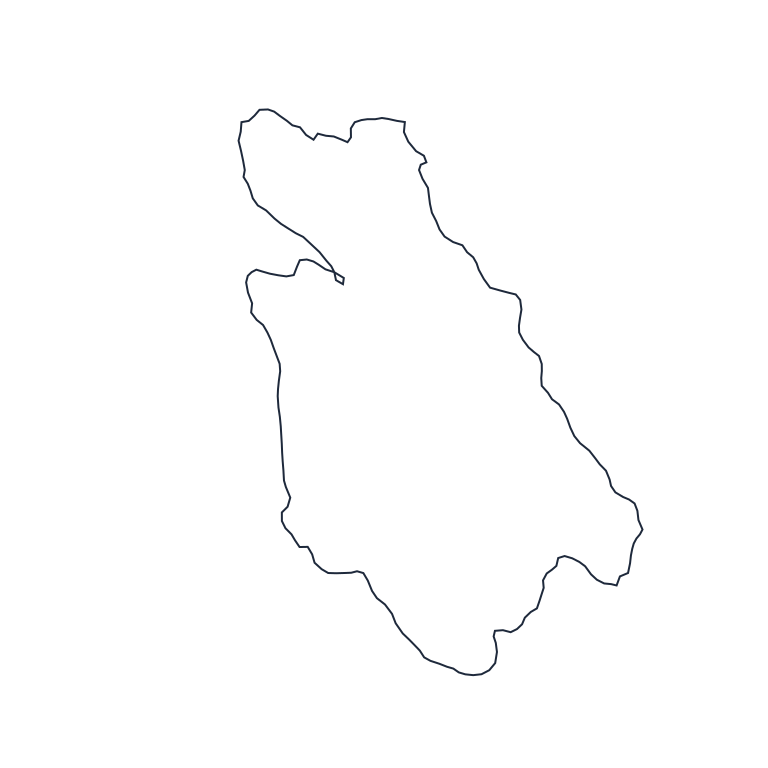 Felício dos Santos, Minas Gerais, Brazil, rotated 148°
{"feature_id": "56859067B15462211788093", "entity_name": "Felício dos Santos", "entity_type": "district", "adm_level": 2, "iso_a3": "BRA", "parent_name": "Brazil", "parent_adm1": "Minas Gerais", "projection": "equal_earth", "projection_center": [-43.242, -18.147], "detail": "fine", "context": "isolated", "style": "outline", "palette": "slate", "viewbox_px": 768, "rotation_deg": 148, "n_neighbors": 0, "source": "geoboundaries", "source_scale": "gbopen_adm2", "svg_char_len": 2891}
<svg xmlns="http://www.w3.org/2000/svg" viewBox="0 0 768 768"><g transform="rotate(148 384 384)"><path d="M307.5,631.4L314.3,628.5L318.1,636.5L319.2,646.2L324.6,651.9L326.9,658.7L330.1,666.2L332.8,673.2L336.9,678.3L344.3,682.5L351.6,680.2L359.3,678.8L366.1,681.6L371.8,673.9L378.4,667.4L381.7,657.5L385.2,647.9L388.7,639.2L393.4,634.0L393.4,626.0L394.8,618.7L396.9,611.0L396.4,602.3L392.0,593.7L389.2,582.4L386.5,574.4L383.3,567.7L378.9,558.6L374.6,551.6L372.0,542.0L368.8,530.0L367.5,519.0L366.3,511.8L366.9,505.1L372.9,512.3L376.2,519.8L378.9,525.3L383.5,530.5L389.8,533.6L395.6,529.6L402.8,524.2L409.8,527.0L416.0,532.2L422.3,538.0L427.7,544.0L431.7,548.6L437.0,549.0L442.2,547.9L447.1,543.2L450.9,533.6L453.1,522.3L458.8,515.0L458.0,505.8L455.3,498.1L455.6,489.4L456.6,481.4L458.5,472.9L460.2,464.4L461.8,456.4L465.3,449.8L471.4,442.5L476.6,435.8L480.6,430.0L485.9,420.1L489.7,411.4L494.0,402.8L498.1,395.3L502.4,387.4L506.8,379.7L510.9,372.1L515.1,364.0L520.0,355.1L521.8,348.7L523.7,337.3L530.8,331.0L538.7,329.2L543.2,321.9L544.0,313.9L542.1,305.5L542.3,298.7L542.0,290.5L535.0,286.3L535.2,277.6L537.6,269.2L535.0,260.0L531.5,253.3L524.9,248.9L517.4,244.5L511.8,241.3L506.1,239.5L501.7,234.6L501.9,225.9L503.8,214.8L503.5,206.1L500.0,196.5L499.0,184.8L500.9,174.9L500.3,162.5L498.1,153.9L496.5,146.6L494.9,138.9L494.8,130.9L491.3,124.6L485.3,117.4L480.4,110.8L476.0,105.9L473.4,99.8L468.9,94.7L462.6,89.8L455.1,86.2L446.4,85.5L437.6,88.4L430.2,96.9L426.4,105.2L424.8,111.8L420.7,115.9L413.6,112.2L408.1,106.4L401.1,105.7L394.2,107.1L388.4,111.2L380.3,112.9L373.2,112.7L366.9,117.8L361.0,122.8L356.6,126.5L353.2,133.2L346.4,137.1L340.1,137.5L334.2,138.4L328.5,144.1L322.0,142.4L316.7,136.4L312.6,129.5L310.0,122.8L309.3,112.9L307.2,105.2L303.0,98.2L297.4,93.9L293.5,89.9L285.9,95.8L277.2,94.4L270.4,101.5L265.4,107.8L260.8,112.7L256.7,116.4L251.8,119.2L246.6,120.9L241.9,123.6L240.3,133.8L236.3,142.2L234.8,149.9L237.4,156.2L241.2,161.6L245.2,169.5L245.5,177.2L243.3,183.4L241.7,192.8L243.6,201.6L244.2,208.9L245.2,218.6L249.1,229.9L250.2,239.0L249.1,248.2L247.1,257.5L246.1,265.0L246.4,273.9L249.6,282.0L249.6,289.6L251.2,298.9L247.5,305.7L243.3,311.3L239.6,317.4L237.7,325.6L240.0,331.9L242.0,338.4L242.8,347.9L242.1,356.0L238.7,361.9L233.6,368.0L228.0,374.3L224.0,383.1L224.8,390.1L229.7,395.1L236.0,401.8L243.0,409.5L243.7,420.1L243.1,430.7L241.5,437.2L241.2,444.2L243.7,451.7L244.0,460.1L250.2,467.8L254.5,476.9L255.0,485.6L253.4,494.5L252.6,503.9L249.6,512.3L246.3,519.5L242.8,527.0L242.6,537.6L240.9,546.9L236.6,550.5L230.6,549.5L229.2,556.4L233.4,564.4L235.0,576.6L233.6,587.1L227.5,595.1L233.6,600.3L239.7,606.3L244.8,610.7L251.3,613.3L257.6,617.3L263.3,619.8L270.1,621.5L276.7,618.3L281.3,610.7L286.8,608.4L290.3,613.5L295.4,620.5L301.7,625.3L307.5,631.4ZM366.9,505.1L361.9,495.2L365.9,490.4L369.7,497.5L366.9,505.1Z" fill="none" stroke="#1e293b" stroke-width="2"/></g></svg>